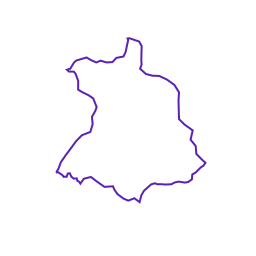 outline of Pera Pedi, Limassol, Cyprus, rotated 215°
{"feature_id": "46923920B54392768580932", "entity_name": "Pera Pedi", "entity_type": "district", "adm_level": 2, "iso_a3": "CYP", "parent_name": "Cyprus", "parent_adm1": "Limassol", "projection": "robinson", "projection_center": [32.873, 34.863], "detail": "fine", "context": "isolated", "style": "outline", "palette": "violet", "viewbox_px": 256, "rotation_deg": 215, "n_neighbors": 0, "source": "geoboundaries", "source_scale": "gbopen_adm2", "svg_char_len": 1343}
<svg xmlns="http://www.w3.org/2000/svg" viewBox="0 0 256 256"><g transform="rotate(215 128 128)"><path d="M76.0,73.9L78.5,80.7L78.9,85.9L76.7,95.1L74.2,98.2L71.8,98.7L68.6,101.0L65.0,103.1L60.1,106.9L58.7,109.9L55.8,113.1L50.1,115.9L47.7,118.3L46.2,122.6L48.7,126.8L47.1,130.2L45.7,137.8L44.6,140.3L44.6,143.9L49.7,144.6L57.2,146.0L62.3,152.1L70.0,154.3L73.6,163.1L84.1,163.3L91.2,164.5L96.5,171.5L102.4,179.5L106.7,186.5L114.7,189.9L124.0,190.0L132.4,188.5L137.9,184.9L144.3,182.5L152.1,183.5L153.2,187.6L156.4,191.8L160.9,198.5L163.7,202.9L164.8,203.4L168.5,205.2L178.2,202.4L179.7,201.1L178.3,200.1L176.1,194.8L173.6,189.1L172.7,184.0L177.8,178.7L178.5,173.1L183.2,169.4L189.1,167.4L191.6,163.5L197.3,162.4L202.4,162.0L209.0,153.7L209.8,150.6L209.3,143.5L211.4,140.7L208.6,140.4L204.7,143.1L202.0,142.3L195.8,138.0L190.8,130.8L185.4,131.2L179.3,132.2L173.5,132.3L165.7,127.2L164.6,123.4L163.9,116.4L159.1,110.8L156.6,103.2L161.6,95.7L163.0,87.3L163.1,80.7L163.4,69.9L163.4,61.6L161.6,54.7L161.4,51.2L160.9,50.8L159.4,51.8L157.5,51.7L154.7,51.8L152.6,51.1L151.8,52.0L150.3,52.8L151.2,56.1L149.8,57.5L146.3,55.6L143.5,55.4L141.0,57.3L139.2,55.7L137.2,56.0L135.1,55.1L135.1,61.1L130.3,66.6L122.5,66.3L113.5,66.3L106.9,71.6L103.8,69.7L98.8,67.8L91.1,67.6L86.1,68.7L82.5,74.1L76.0,73.9Z" fill="none" stroke="#5b21b6" stroke-width="2"/></g></svg>